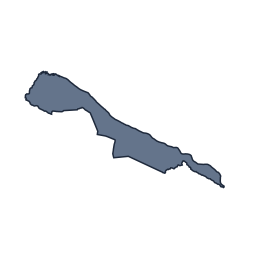 Malhada, Bahia, Brazil (Natural Earth projection), rotated 104°
{"feature_id": "56859067B5256800921845", "entity_name": "Malhada", "entity_type": "district", "adm_level": 2, "iso_a3": "BRA", "parent_name": "Brazil", "parent_adm1": "Bahia", "projection": "natural_earth1", "projection_center": [-43.629, -14.13], "detail": "fine", "context": "isolated", "style": "filled", "palette": "slate", "viewbox_px": 256, "rotation_deg": 104, "n_neighbors": 0, "source": "geoboundaries", "source_scale": "gbopen_adm2", "svg_char_len": 5897}
<svg xmlns="http://www.w3.org/2000/svg" viewBox="0 0 256 256"><g transform="rotate(104 128 128)"><path d="M161.2,20.7L161.0,21.4L160.7,22.0L160.4,22.9L160.1,23.5L159.7,24.1L159.3,24.5L158.7,25.0L158.0,25.4L157.4,25.5L156.8,25.7L156.2,25.9L155.5,26.0L154.8,26.1L154.3,26.3L153.7,26.4L152.7,26.4L152.1,26.5L151.6,26.9L151.2,27.3L150.6,27.7L149.8,28.7L149.2,29.5L149.1,30.2L149.2,30.7L148.7,31.8L147.9,32.8L147.0,34.5L146.0,36.8L145.5,37.8L145.0,38.5L144.6,39.4L144.4,40.3L144.0,41.8L144.1,42.5L144.4,43.9L144.6,44.7L145.0,45.6L145.2,46.7L145.4,47.8L145.9,50.6L146.0,51.6L145.7,52.3L145.4,53.0L145.1,53.6L144.8,54.4L144.6,55.4L144.3,56.1L143.8,57.1L142.5,58.2L141.4,58.8L140.5,59.5L139.8,59.8L139.4,60.3L139.0,61.2L138.8,61.9L138.8,63.8L139.0,64.8L139.2,66.0L139.6,67.1L139.9,68.1L140.0,68.8L139.9,69.9L139.6,70.5L139.2,70.9L138.6,71.4L137.8,72.1L137.1,72.8L136.7,73.4L135.6,74.5L135.3,75.1L135.2,75.9L135.2,76.5L135.4,77.1L135.8,78.5L136.0,79.1L135.9,79.8L135.7,80.6L135.6,81.7L135.7,82.6L135.7,83.5L135.7,84.3L135.7,85.1L135.5,85.8L135.2,86.6L134.8,87.2L134.4,88.1L134.2,88.8L134.1,89.6L134.1,90.8L134.2,91.6L134.1,92.7L134.1,94.1L133.9,95.5L133.6,97.0L133.4,97.5L132.8,98.9L132.2,100.3L131.9,101.7L131.4,102.5L130.8,103.3L130.1,104.2L129.6,104.8L129.3,105.4L129.1,106.0L128.9,106.7L128.8,107.4L128.7,108.2L128.7,109.3L128.9,110.9L129.0,111.8L128.9,112.7L128.4,114.9L128.2,116.2L127.8,117.6L127.5,118.7L127.1,119.8L126.8,120.9L126.9,121.9L126.9,122.6L126.8,123.3L126.7,124.2L126.5,125.2L126.0,126.8L125.8,127.6L125.6,128.3L125.6,129.2L125.7,129.8L125.6,130.8L125.3,131.6L125.2,132.5L124.7,134.0L124.5,135.5L123.9,137.2L123.3,139.6L123.0,141.1L122.7,142.7L122.4,143.3L121.2,146.4L120.3,148.1L120.0,148.6L118.8,149.7L118.0,150.5L117.4,151.6L116.4,153.6L116.1,154.0L115.6,154.6L115.1,156.1L114.2,157.6L113.8,158.6L112.6,160.8L111.7,162.4L111.3,163.2L110.8,164.2L110.2,165.2L109.2,166.2L108.8,167.1L108.3,167.6L108.0,168.3L106.8,170.1L106.4,171.5L106.1,172.1L105.1,173.2L104.4,174.0L103.4,175.4L103.4,176.0L102.9,179.9L102.4,182.8L102.0,184.3L101.6,185.4L100.5,187.8L99.7,190.0L98.5,192.4L97.6,194.6L96.5,196.6L96.0,197.4L95.6,198.2L95.1,199.5L94.9,200.3L94.8,202.5L94.5,204.0L94.2,206.4L93.9,207.5L94.5,207.3L94.3,208.2L93.8,209.4L93.4,210.4L93.0,211.2L93.7,211.8L93.2,213.1L93.5,213.8L93.7,213.0L94.1,212.2L94.6,212.4L94.9,213.1L94.7,214.0L94.6,215.8L95.1,216.0L95.6,216.4L95.1,216.9L95.5,218.1L94.9,218.1L94.6,218.6L94.1,219.4L94.6,220.0L95.0,220.7L94.1,220.7L93.3,220.5L93.5,221.1L94.5,221.6L93.6,222.0L94.0,222.4L94.0,222.9L93.6,223.8L94.0,224.2L94.3,224.6L94.8,223.7L95.2,224.0L95.2,225.0L95.4,225.7L96.3,225.3L96.7,225.5L96.9,227.0L97.5,227.6L98.1,227.6L99.0,227.3L99.9,227.5L100.5,227.8L101.6,227.8L102.2,228.3L102.8,228.4L103.5,228.5L104.2,228.9L104.8,229.5L106.1,229.8L106.7,230.1L107.6,229.8L109.1,230.0L110.3,231.0L111.6,230.9L112.3,231.0L112.5,231.7L113.0,232.2L113.6,232.6L114.7,232.5L115.7,232.6L118.1,232.1L118.6,232.3L119.0,232.8L119.5,234.6L120.1,234.9L120.4,235.3L121.2,235.4L121.8,235.2L122.5,235.2L123.0,235.1L123.5,235.0L123.5,234.3L124.0,233.9L125.3,233.9L125.6,233.5L125.4,232.9L125.6,232.3L125.8,231.7L125.9,230.9L126.1,230.4L126.5,229.9L126.9,229.4L127.3,229.1L128.1,228.7L128.8,227.4L129.0,226.9L128.9,226.1L129.1,225.3L129.3,224.6L129.2,223.8L128.9,223.3L128.5,222.5L128.5,221.8L128.5,221.0L128.7,220.6L129.1,220.3L129.6,219.8L130.2,219.2L130.5,218.8L130.7,218.1L130.7,217.4L131.0,216.8L131.0,216.1L131.2,215.4L131.3,214.7L131.5,214.0L131.8,213.5L131.8,212.8L131.5,212.1L131.7,211.2L132.3,210.0L132.6,209.3L132.8,208.7L132.8,207.7L132.9,206.9L133.1,206.2L133.1,205.5L132.3,205.8L131.8,205.7L131.2,205.7L130.6,205.8L130.0,205.4L129.7,204.7L129.5,203.5L129.4,202.9L129.3,201.5L129.1,200.6L129.0,200.0L128.8,198.8L128.6,198.2L128.5,197.5L128.4,196.8L128.2,196.2L127.9,195.6L127.4,195.1L126.7,194.7L122.6,181.6L122.0,181.4L121.5,181.2L121.2,180.3L120.8,179.6L120.3,179.2L120.0,178.4L119.7,177.8L119.2,177.6L119.2,177.0L119.4,176.4L119.8,175.4L120.2,174.7L120.5,174.3L120.9,173.5L121.0,172.7L121.3,172.0L121.4,171.4L121.7,170.7L122.0,170.2L122.0,169.5L122.3,168.7L122.6,168.2L127.8,164.3L138.5,156.5L140.1,156.4L141.7,156.2L141.2,148.1L141.2,147.5L141.3,146.8L141.4,145.6L141.6,144.3L141.8,142.9L142.2,140.4L142.3,139.4L142.6,137.8L143.4,137.4L144.1,137.3L144.8,137.3L145.4,137.3L147.1,137.4L148.2,137.3L148.8,137.3L149.4,137.2L150.0,137.2L150.7,137.1L151.2,137.1L152.1,137.0L152.9,136.9L153.4,136.8L154.7,136.7L155.7,136.6L156.7,136.5L159.1,135.3L160.3,134.6L155.7,121.7L155.4,120.8L162.0,86.8L162.4,84.7L162.5,84.0L162.8,83.6L162.9,83.1L162.8,82.4L163.0,81.7L162.7,81.1L162.1,80.9L161.5,81.2L160.9,81.2L160.4,81.0L159.8,80.8L159.4,80.3L158.9,80.0L158.5,79.6L158.6,78.9L157.7,78.1L157.7,77.4L157.3,77.1L156.8,76.9L156.3,76.9L156.1,76.0L156.1,75.3L156.5,73.5L155.8,73.0L155.2,72.8L154.7,72.2L154.0,71.6L153.6,70.8L152.9,70.8L152.1,70.7L151.7,70.3L151.8,69.4L152.0,68.5L151.6,67.9L151.3,67.3L150.8,66.4L150.3,66.7L149.9,67.0L149.3,67.3L148.5,67.2L148.0,67.0L147.5,67.0L146.9,66.8L146.5,66.5L146.7,66.0L146.5,65.3L146.8,64.6L147.2,64.0L147.5,63.0L147.9,62.4L148.7,62.2L149.3,62.0L149.5,61.2L149.7,60.5L150.1,60.1L150.5,59.5L151.2,59.0L151.0,58.1L151.7,57.4L152.2,57.4L152.7,57.2L152.9,56.2L153.3,55.8L153.6,55.3L153.8,54.5L154.0,53.7L154.2,52.6L154.1,51.8L153.8,51.4L154.1,51.0L154.3,50.5L154.5,49.9L154.6,49.2L155.0,48.7L155.3,48.0L155.2,47.3L155.3,46.7L155.5,46.0L155.8,45.4L155.9,44.7L155.6,44.2L155.8,43.7L155.9,43.1L156.1,42.5L156.1,41.9L156.3,41.1L156.5,40.5L157.1,39.6L157.4,38.9L157.4,38.4L157.6,37.6L157.7,37.1L157.5,36.4L157.4,35.8L157.9,35.2L158.2,34.3L158.5,33.5L158.5,32.8L158.8,32.0L159.4,31.4L159.9,30.8L160.1,30.2L160.1,29.6L160.3,28.7L160.6,27.9L160.8,27.4L160.7,26.8L160.7,26.2L160.8,25.7L161.2,25.0L161.7,24.4L162.1,24.2L162.5,23.6L162.5,22.9L162.3,22.4L162.3,21.7L162.7,21.1L162.2,20.6L161.2,20.7Z" fill="#64748b" stroke="#1e293b" stroke-width="1.5"/></g></svg>